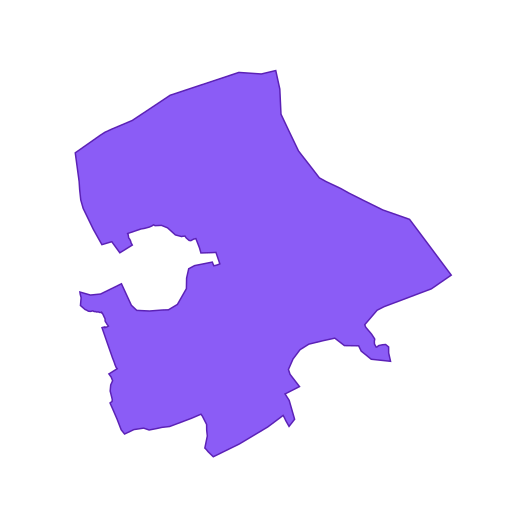 the district of Illela, Sokoto, Nigeria, rotated 74°
{"feature_id": "59680162B27389948970996", "entity_name": "Illela", "entity_type": "district", "adm_level": 2, "iso_a3": "NGA", "parent_name": "Nigeria", "parent_adm1": "Sokoto", "projection": "albers", "projection_center": [5.376, 13.671], "detail": "fine", "context": "isolated", "style": "filled", "palette": "violet", "viewbox_px": 512, "rotation_deg": 74, "n_neighbors": 0, "source": "geoboundaries", "source_scale": "gbopen_adm2", "svg_char_len": 2592}
<svg xmlns="http://www.w3.org/2000/svg" viewBox="0 0 512 512"><g transform="rotate(74 256 256)"><path d="M107.0,401.3L135.7,405.5L143.5,407.2L153.8,409.0L162.7,409.0L185.6,405.0L202.6,401.0L202.5,390.7L215.4,386.0L211.4,371.9L208.8,372.5L207.3,372.4L205.3,372.7L203.5,373.4L200.4,373.0L199.0,373.2L198.3,359.2L198.7,355.8L198.8,350.7L198.4,347.8L197.8,345.9L199.0,344.7L200.5,338.4L204.5,333.3L213.5,327.7L216.9,322.0L216.8,321.2L217.3,318.8L219.4,318.1L222.6,316.0L223.3,314.4L222.6,311.4L222.7,309.0L232.5,308.1L237.9,308.1L240.7,297.1L241.5,293.5L253.6,292.9L253.9,295.6L253.9,297.8L253.7,299.3L249.8,299.7L248.3,317.7L249.7,324.2L258.1,328.8L268.2,331.9L280.9,344.9L283.6,355.0L282.1,360.9L279.5,373.6L275.4,385.6L269.0,389.4L245.6,393.0L249.7,415.9L247.9,425.9L242.1,435.2L244.3,435.5L247.9,435.6L255.2,438.4L260.4,435.0L261.2,433.9L262.8,432.4L263.2,431.5L263.7,430.2L263.7,428.3L263.8,428.0L264.5,427.3L265.0,426.4L265.1,425.8L265.9,424.6L266.2,423.1L267.3,421.6L267.5,420.3L267.8,420.2L267.6,419.9L269.8,419.2L273.1,418.7L274.6,418.4L275.2,418.5L276.7,418.9L277.5,418.9L279.3,418.3L279.9,418.2L281.0,417.9L281.3,417.7L282.0,417.4L282.7,417.2L283.3,419.8L283.2,420.2L283.2,420.3L282.9,420.3L282.6,420.6L282.9,420.8L283.0,421.2L283.0,421.5L282.5,421.6L282.4,422.4L282.4,423.8L297.3,423.0L314.6,422.0L318.8,421.6L321.5,421.5L324.3,421.2L326.1,420.5L328.8,429.9L332.4,428.6L336.4,428.2L339.9,431.2L345.6,433.4L354.3,433.7L356.2,434.5L356.6,435.6L356.8,436.6L357.3,436.8L363.7,435.9L374.6,434.5L385.9,433.5L390.9,431.4L389.2,421.2L390.5,411.4L393.8,406.7L394.5,398.7L394.8,393.6L396.1,386.0L394.2,362.7L392.9,352.5L395.1,351.7L404.3,349.9L409.8,351.4L415.6,352.4L426.5,358.1L428.3,357.1L430.9,356.0L437.2,352.4L432.1,323.9L423.6,291.9L418.2,277.7L416.7,273.9L419.1,273.3L421.5,272.9L422.4,272.8L423.1,272.6L428.9,271.2L423.6,263.9L403.9,263.9L396.6,266.1L393.5,250.2L379.1,255.9L374.0,256.1L365.2,248.8L358.2,239.5L355.3,229.5L355.9,214.8L356.7,202.9L366.5,195.7L370.6,182.1L376.4,181.1L387.0,173.7L394.3,155.7L385.8,155.2L380.0,153.6L376.8,155.8L376.2,158.7L375.9,162.7L376.8,164.9L376.7,165.6L375.3,165.9L373.3,166.4L370.4,165.7L369.2,165.0L368.3,164.8L363.1,166.4L354.6,170.2L352.0,170.4L341.5,154.5L340.0,146.9L335.9,96.5L328.2,73.6L327.4,73.9L309.7,80.6L293.8,86.6L263.1,98.3L246.7,121.4L231.7,137.9L220.8,149.7L214.6,155.8L203.8,168.1L198.3,173.6L184.9,178.9L171.3,184.4L166.7,186.2L145.5,189.8L126.6,192.9L102.1,187.1L83.2,185.9L82.5,200.7L74.8,221.9L77.8,294.2L91.6,337.6L94.2,359.2L95.4,367.1L97.0,372.4L107.0,401.3Z" fill="#8b5cf6" stroke="#5b21b6" stroke-width="1.5"/></g></svg>